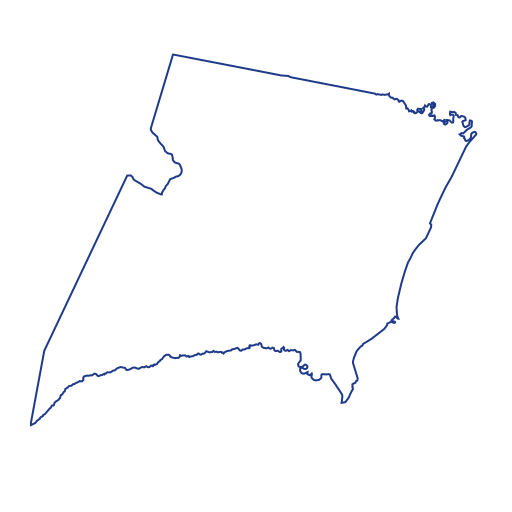 outline of Kowanyama, Queensland, Australia, rotated 186°
{"feature_id": "25037944B1656499074776", "entity_name": "Kowanyama", "entity_type": "district", "adm_level": 2, "iso_a3": "AUS", "parent_name": "Australia", "parent_adm1": "Queensland", "projection": "mercator", "projection_center": [141.794, -15.277], "detail": "fine", "context": "isolated", "style": "outline", "palette": "blue", "viewbox_px": 512, "rotation_deg": 186, "n_neighbors": 0, "source": "geoboundaries", "source_scale": "gbopen_adm2", "svg_char_len": 6023}
<svg xmlns="http://www.w3.org/2000/svg" viewBox="0 0 512 512"><g transform="rotate(186 256 256)"><path d="M392.5,322.5L456.7,139.5L462.4,66.6L462.1,64.3L458.0,66.9L456.9,68.9L454.0,71.5L453.8,72.4L452.9,73.5L452.2,73.8L451.1,74.8L451.0,75.6L449.4,76.7L445.1,82.9L444.2,83.7L443.5,85.7L442.9,86.1L441.9,86.1L441.3,86.7L441.2,88.5L440.0,90.3L438.0,91.7L436.0,94.3L435.7,97.1L434.2,98.1L433.0,100.7L432.1,101.3L431.7,103.8L429.4,105.6L428.4,107.1L426.0,107.7L424.7,109.3L423.3,109.6L421.8,110.9L419.4,112.2L418.5,113.1L416.1,113.1L414.7,114.7L415.1,116.9L414.6,118.2L411.5,119.4L409.9,119.4L408.1,120.1L406.8,120.0L404.4,122.1L402.8,121.9L400.8,120.2L400.1,120.1L397.3,121.5L396.6,121.5L395.5,122.5L394.9,122.7L394.5,122.4L393.9,123.3L393.1,123.3L392.5,124.2L391.5,124.8L388.5,125.1L386.3,127.0L384.3,127.6L382.8,129.5L379.3,131.4L374.6,131.0L373.1,129.3L372.4,129.1L370.3,129.7L366.7,132.1L364.8,132.4L362.0,131.6L360.6,131.6L359.3,132.8L357.2,133.8L355.6,133.5L353.5,134.9L351.7,134.1L350.5,134.3L348.8,136.1L347.1,135.6L346.8,135.8L346.8,136.8L345.9,137.5L345.2,137.1L343.2,138.3L342.2,140.1L340.5,141.7L340.4,142.3L338.7,143.6L337.0,146.6L335.1,148.3L332.3,148.7L331.0,147.7L330.9,147.1L329.8,146.5L325.8,145.9L324.2,146.4L322.6,146.5L321.5,147.6L321.1,149.4L319.8,148.8L318.8,149.4L316.0,149.8L314.6,148.8L312.7,149.6L312.3,148.8L311.5,148.6L310.9,149.1L308.4,149.7L305.9,151.4L304.6,151.5L303.4,153.0L302.7,153.0L301.8,152.3L300.5,152.1L299.0,153.3L298.0,153.3L297.1,153.8L295.4,156.1L292.2,155.3L289.6,155.9L288.4,157.2L287.1,156.3L285.1,156.7L283.5,156.3L281.0,157.0L280.0,156.8L279.7,156.2L278.7,156.4L278.0,155.7L277.3,156.9L275.0,158.4L270.7,159.6L269.9,160.8L268.3,161.1L264.9,162.7L264.1,162.3L262.0,160.3L260.7,160.3L259.7,161.5L257.5,161.9L255.4,163.3L252.9,163.7L252.7,164.7L253.3,165.6L252.9,166.5L252.5,166.7L251.3,166.3L248.0,167.3L246.7,168.2L244.5,168.0L243.6,169.7L242.5,169.7L241.5,168.7L240.9,166.7L240.0,165.9L238.6,165.4L235.7,165.3L234.2,166.3L233.1,165.5L231.8,165.3L229.9,166.6L228.4,166.1L228.0,164.4L227.3,163.7L226.3,163.5L224.4,164.1L222.4,163.0L221.6,163.1L220.9,163.7L221.2,166.1L219.1,168.3L218.4,167.5L218.4,165.7L217.1,164.9L216.4,164.8L214.8,165.9L213.3,164.8L211.4,166.1L209.1,166.0L207.5,166.7L205.5,165.0L202.2,165.0L201.4,163.1L200.6,157.0L202.7,153.5L202.8,152.3L202.3,151.0L201.4,150.3L199.3,150.3L197.8,151.2L196.2,153.0L195.2,153.1L194.0,152.5L193.2,151.3L193.6,149.8L194.7,148.8L196.2,148.7L198.5,149.7L199.7,149.2L200.2,148.5L200.2,146.8L200.0,146.1L198.5,144.4L197.4,143.9L195.5,144.1L192.6,146.0L192.6,144.0L190.6,143.1L189.8,143.3L188.3,144.9L188.0,144.2L188.4,142.3L187.8,140.5L185.5,138.8L183.5,138.5L180.6,139.3L178.8,140.9L178.3,141.9L178.5,144.6L177.8,145.4L173.6,145.6L171.4,146.1L170.2,145.9L168.2,141.7L163.5,136.5L155.9,127.2L155.4,125.2L155.5,118.9L151.9,120.0L149.1,124.6L147.2,130.4L145.6,134.0L146.5,135.6L146.2,136.4L146.7,137.5L146.6,138.7L143.8,140.4L143.5,141.9L142.2,142.8L142.1,145.0L148.3,159.6L148.5,161.2L147.9,165.2L145.9,172.0L142.5,176.9L141.0,177.8L140.3,179.7L132.6,185.6L120.9,196.8L118.5,200.7L118.3,202.5L114.6,204.8L112.3,203.9L110.9,204.2L110.7,204.7L111.0,205.1L114.2,205.8L114.5,206.2L111.9,209.1L111.4,210.3L109.9,209.9L108.8,208.7L107.9,208.6L109.2,211.0L109.8,213.3L110.9,219.7L110.5,229.0L108.6,243.7L106.3,256.3L104.1,265.6L102.2,269.9L100.4,275.3L98.1,279.4L95.2,284.0L89.0,291.2L88.6,292.1L84.9,302.8L85.0,305.5L86.4,306.6L81.0,325.8L77.9,334.9L74.8,343.6L69.5,355.7L58.5,386.7L55.6,391.7L49.9,399.6L49.6,400.5L50.7,402.1L51.5,402.3L53.5,401.4L54.6,400.2L54.7,396.4L55.3,394.8L56.4,393.7L58.7,392.3L59.8,392.7L60.7,394.6L61.4,394.9L61.3,396.1L61.6,396.6L64.7,397.1L65.9,398.1L64.5,398.4L65.5,398.7L64.5,399.7L62.7,399.6L59.6,403.5L55.8,406.3L55.1,407.5L55.3,412.3L55.8,413.0L57.5,413.1L57.7,411.3L57.5,408.9L57.9,408.2L60.9,406.2L61.8,406.0L63.2,407.1L64.8,410.9L64.5,411.7L61.7,412.9L62.0,414.8L62.8,415.9L64.1,416.5L66.2,416.7L67.1,416.2L67.7,415.2L68.6,415.0L69.3,415.3L70.2,417.1L71.8,417.2L72.5,419.3L73.8,419.9L76.2,419.6L77.9,419.9L78.0,417.6L77.5,416.4L76.2,417.1L75.0,417.1L74.0,416.2L74.2,413.0L73.8,410.7L74.1,409.3L75.2,409.1L77.7,411.1L80.3,411.2L80.0,410.6L80.3,409.9L79.6,409.2L79.5,408.6L79.7,408.0L81.4,406.5L82.5,406.8L83.2,407.6L83.2,408.3L82.2,409.0L82.4,410.7L82.9,411.0L84.4,409.4L87.3,410.4L88.9,409.9L89.7,410.1L90.2,409.6L91.3,409.4L92.9,410.5L92.4,412.2L92.8,413.9L93.5,414.5L94.0,413.8L97.5,413.4L98.3,413.7L98.6,414.5L97.5,416.0L96.3,415.8L96.1,417.6L96.8,419.6L96.7,420.4L96.4,421.1L94.4,422.3L93.5,424.0L93.8,426.0L95.7,427.3L97.1,426.6L96.9,425.7L95.2,425.6L94.9,424.9L95.6,423.8L95.9,422.0L96.4,421.6L97.6,422.2L97.8,424.2L99.1,425.2L100.0,425.1L101.5,422.3L102.9,422.6L103.6,423.3L103.9,422.0L105.1,421.0L105.3,420.5L104.1,419.9L103.9,419.0L105.5,415.6L106.3,415.2L108.4,416.2L108.6,416.9L107.1,417.1L106.7,417.8L107.0,419.4L110.3,419.4L110.9,418.3L110.9,417.8L110.1,417.1L110.5,416.3L111.7,414.9L113.0,414.6L113.4,414.7L113.6,415.9L114.6,416.4L114.8,416.0L115.5,416.6L115.9,416.5L116.1,416.1L116.8,417.0L117.2,416.3L118.9,415.9L119.5,417.4L120.8,418.6L121.1,418.8L121.9,418.4L122.7,421.5L126.1,425.6L127.8,425.7L129.6,424.3L130.3,424.9L130.4,425.7L132.4,427.0L132.8,427.1L134.4,426.2L135.3,426.5L136.6,427.7L138.2,427.6L140.0,428.9L140.8,430.4L140.8,431.2L141.7,430.4L143.1,430.3L144.6,429.7L147.2,429.9L148.1,429.3L151.9,429.7L153.2,429.1L154.6,429.9L240.0,437.4L242.7,438.4L249.7,438.2L359.6,447.7L374.0,371.7L373.3,369.7L371.7,367.8L366.7,364.3L365.6,360.9L362.9,358.0L359.8,355.4L358.7,354.0L358.5,353.0L357.4,350.9L354.8,349.0L351.1,348.5L350.2,348.0L349.2,345.5L348.8,343.0L347.5,341.3L345.9,340.3L342.6,339.8L341.5,339.2L339.1,334.9L338.7,332.8L339.1,330.3L339.9,328.9L341.5,327.4L344.5,326.3L345.1,325.5L349.4,323.4L351.4,318.2L353.0,316.2L353.6,313.8L355.2,311.5L355.6,310.1L356.1,309.5L356.1,307.4L356.9,307.3L361.6,308.7L365.6,310.8L366.9,311.8L374.3,313.3L377.7,315.5L384.8,318.7L385.9,319.6L387.2,321.8L389.0,323.0L392.5,322.5Z" fill="none" stroke="#1e3a8a" stroke-width="2"/></g></svg>